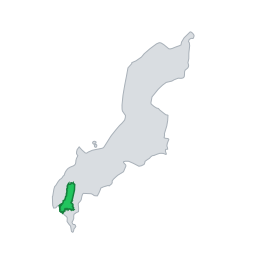 location of Karonga, Karonga, Malawi, rotated 227°
{"feature_id": "42251766B7861013170277", "entity_name": "Karonga", "entity_type": "district", "adm_level": 2, "iso_a3": "MWI", "parent_name": "Malawi", "parent_adm1": "Karonga", "projection": "orthographic", "projection_center": [33.891, -10.08], "detail": "fine", "context": "in_parent", "style": "filled", "palette": "green", "viewbox_px": 256, "rotation_deg": 227, "n_neighbors": 0, "source": "geoboundaries", "source_scale": "gbopen_adm2", "svg_char_len": 6603}
<svg xmlns="http://www.w3.org/2000/svg" viewBox="0 0 256 256"><g transform="rotate(227 128 128)"><path d="M97.8,149.9L96.3,147.8L95.0,148.3L93.3,149.8L92.4,150.2L91.9,150.1L91.6,149.8L91.2,148.8L89.9,146.2L88.4,144.2L86.8,143.5L85.5,142.6L86.0,141.8L86.6,141.1L86.4,140.5L85.6,139.6L82.8,138.3L82.8,137.7L85.3,136.5L86.8,135.1L87.9,133.8L89.2,130.9L90.3,128.0L91.1,127.1L91.4,125.2L91.2,123.0L91.7,120.3L92.0,117.7L91.2,116.7L90.4,114.9L91.3,111.9L92.6,109.9L98.8,107.7L103.2,105.8L104.1,104.9L105.6,103.3L106.4,101.7L105.9,101.2L102.4,101.1L101.6,100.5L99.1,94.9L100.4,88.4L100.5,85.8L100.5,82.6L100.1,80.3L99.0,79.4L98.3,78.1L98.5,74.7L99.5,74.3L101.7,69.9L102.6,67.2L101.5,65.1L100.2,62.1L99.6,60.2L99.2,59.5L100.1,58.4L101.6,57.2L103.3,56.9L105.0,56.3L110.6,50.8L110.6,49.7L109.6,47.8L107.6,45.0L107.1,43.8L106.8,40.4L106.0,39.4L103.0,37.2L100.6,34.8L101.4,32.3L101.7,29.7L100.6,28.2L98.9,26.7L97.8,24.5L97.3,22.8L95.9,22.2L94.7,22.2L93.8,23.2L92.8,23.1L91.6,22.7L91.2,21.3L91.1,19.8L90.3,18.7L89.5,17.3L89.4,16.5L89.9,16.3L90.9,16.1L95.4,19.1L98.1,19.2L101.2,19.7L103.7,22.3L105.1,22.6L106.8,22.3L111.6,22.0L113.6,22.4L116.1,23.9L117.1,24.1L118.7,24.1L119.0,23.7L119.1,22.8L118.8,21.0L119.2,20.1L120.2,19.0L122.8,20.2L129.4,25.9L129.6,26.6L133.9,32.2L135.2,34.5L135.2,35.8L136.5,40.6L136.8,42.9L136.5,44.7L136.6,46.1L137.1,48.0L136.9,48.9L138.4,51.8L139.1,54.2L139.3,56.6L138.8,59.0L137.5,62.4L137.3,63.7L137.6,65.0L138.4,66.3L139.8,67.8L140.9,69.6L141.6,71.6L142.2,72.6L143.0,72.5L144.4,72.9L145.6,74.1L146.9,76.1L147.3,78.4L147.5,79.4L143.7,79.3L139.0,79.7L137.8,80.6L137.5,82.6L136.0,86.8L135.1,88.3L133.4,91.1L130.9,95.1L130.4,96.4L130.5,97.7L131.9,103.1L133.4,108.7L133.9,110.9L135.0,118.4L135.6,123.7L135.6,126.8L136.1,131.0L137.5,133.2L138.9,134.7L144.2,135.5L145.8,136.5L148.8,139.2L155.3,146.6L158.9,151.3L162.0,155.4L167.6,163.1L172.0,169.0L172.5,174.6L173.2,175.4L171.7,179.5L170.7,186.2L171.3,190.6L171.0,198.2L170.1,206.2L169.1,209.0L167.8,210.1L164.7,211.0L158.0,211.9L157.0,212.9L156.1,214.4L154.7,218.1L153.1,221.8L152.6,223.4L152.9,223.8L154.3,225.7L155.7,230.6L155.9,238.9L155.4,239.5L153.4,239.9L151.3,239.7L150.5,239.3L149.7,238.3L149.1,236.6L150.5,235.3L151.0,233.2L150.1,231.3L148.4,230.9L146.1,229.2L141.3,223.6L137.2,219.7L134.9,216.4L132.5,215.1L131.8,214.3L131.2,213.0L131.2,211.0L131.4,209.5L130.7,207.9L128.2,205.4L127.1,204.0L127.1,202.3L128.1,200.7L130.2,198.7L131.8,194.7L132.4,192.1L135.3,187.0L135.8,182.5L135.8,178.8L135.7,176.1L134.9,170.6L134.4,166.8L130.7,161.8L129.6,161.3L126.1,161.7L123.1,162.5L121.6,163.5L119.4,163.5L113.5,164.4L111.7,164.8L110.6,165.7L110.0,165.9L106.3,162.0L103.1,157.8L99.0,150.7L97.8,149.9ZM140.6,94.8L139.6,95.1L139.0,94.5L139.2,93.0L139.5,91.9L140.5,91.7L141.2,92.0L141.7,92.5L141.7,93.3L141.4,94.2L140.6,94.8ZM138.4,92.0L137.9,93.5L136.7,93.5L135.6,92.1L136.0,91.1L137.0,90.8L137.9,91.2L138.4,92.0Z" fill="#d9dde1" stroke="#a8b0b8" stroke-width="1"/><path d="M119.2,46.6L122.3,49.7L122.6,50.1L122.9,50.2L122.9,50.3L123.0,50.3L123.5,50.4L123.6,50.5L124.2,50.2L124.3,50.1L124.5,50.0L124.9,50.2L125.0,50.2L125.1,50.3L125.3,50.5L125.3,50.3L125.3,50.2L125.5,49.9L126.0,49.5L126.7,49.1L126.8,48.9L126.7,48.8L126.5,48.7L126.4,48.5L126.2,48.3L126.1,48.2L126.1,47.7L126.2,47.4L126.3,47.3L126.6,47.0L126.8,46.8L127.1,46.6L127.5,46.4L127.8,46.5L128.0,46.8L128.0,46.7L127.9,46.4L127.8,46.2L127.7,46.1L127.4,46.0L127.3,45.8L127.4,45.5L127.4,45.4L127.5,45.2L127.4,45.0L127.4,44.9L127.2,44.6L127.2,44.4L127.1,44.2L126.9,44.1L126.7,44.0L126.7,43.8L126.3,43.6L126.2,43.5L126.2,43.4L125.9,43.3L125.8,43.2L125.7,42.8L125.6,42.7L125.6,42.8L125.5,42.7L125.2,42.5L125.3,41.9L125.2,41.7L124.9,41.5L124.9,41.4L124.7,41.3L124.6,41.2L124.4,41.1L124.2,41.0L124.2,40.8L124.0,40.7L123.9,40.6L123.7,40.6L123.5,40.4L123.4,40.4L123.3,40.1L123.2,39.9L123.0,39.7L122.9,39.5L122.8,39.4L122.7,39.2L122.4,39.1L122.2,39.0L122.1,38.9L122.1,38.4L121.9,38.3L121.8,38.0L121.7,38.0L121.5,37.9L121.2,37.6L121.1,37.3L120.9,37.3L120.8,37.1L120.7,37.1L120.5,36.7L120.3,36.6L120.3,36.4L120.4,36.1L120.3,35.8L120.4,35.6L120.3,35.4L120.1,35.2L119.9,34.9L119.7,34.7L119.2,34.0L119.1,33.9L119.1,33.5L119.0,33.4L118.9,33.3L118.7,33.0L118.5,32.9L118.5,32.7L118.6,32.4L118.7,32.1L118.8,31.7L118.7,31.1L118.8,30.8L118.7,30.8L118.6,30.7L118.4,30.6L118.2,30.4L118.0,29.9L117.9,29.8L117.8,29.7L117.7,29.3L117.5,29.0L117.5,28.9L117.5,28.7L117.4,28.5L117.6,28.2L117.4,28.2L117.3,27.9L117.4,27.5L117.3,27.2L117.5,27.0L117.2,26.8L117.2,26.7L117.0,26.4L117.1,26.2L117.4,25.9L117.9,25.5L118.1,25.4L118.2,25.5L118.2,25.2L118.0,25.3L117.9,25.3L117.9,25.2L117.7,25.2L117.8,25.0L117.8,24.9L117.9,24.7L117.7,24.6L117.4,24.7L117.2,24.6L117.3,24.5L117.2,24.4L117.0,24.2L116.9,24.3L116.9,24.2L116.7,24.1L116.6,23.9L116.4,23.9L116.5,23.8L116.4,23.7L116.2,23.7L115.9,23.5L115.9,23.4L115.7,23.2L115.4,23.1L115.1,22.9L114.9,22.8L114.9,22.6L115.0,22.5L114.9,22.4L114.7,22.5L114.7,22.4L114.6,22.2L114.4,22.1L114.2,22.1L114.1,21.9L114.0,21.7L113.8,21.5L113.7,21.6L113.2,21.5L112.9,21.5L112.7,21.5L112.3,21.5L112.2,21.7L112.1,21.8L112.0,22.0L111.9,22.0L112.0,22.2L111.9,22.2L111.7,22.4L111.6,22.2L111.3,22.1L111.2,22.2L110.9,22.2L110.8,22.3L110.7,22.3L110.6,22.2L110.3,22.0L110.1,22.0L110.1,22.4L110.3,22.6L110.4,22.9L110.5,23.1L110.4,23.3L110.5,23.7L110.7,23.9L110.9,23.9L111.0,23.9L111.0,24.0L110.9,24.1L110.9,24.3L110.8,24.5L110.6,24.7L110.6,24.9L110.4,25.1L111.3,25.8L111.0,26.3L111.5,26.6L111.4,27.0L111.7,27.1L111.8,27.2L111.8,27.3L111.7,27.4L111.8,27.4L111.7,27.6L111.8,27.6L111.7,27.6L111.4,27.5L111.2,27.6L110.7,27.5L110.8,27.7L110.7,27.7L110.6,27.8L110.4,27.9L110.3,28.1L110.2,28.2L110.0,28.3L109.9,28.4L110.0,28.5L109.8,28.5L109.5,28.4L109.6,28.6L109.5,28.8L109.4,28.8L109.5,28.9L109.3,29.1L109.2,29.3L109.1,29.5L108.9,29.6L108.9,29.8L108.7,29.9L108.6,30.1L108.4,30.2L108.4,30.3L108.2,30.4L107.9,30.4L107.6,30.6L107.3,30.7L107.2,30.6L107.1,30.8L107.1,31.0L106.9,31.2L106.6,31.3L106.5,31.2L106.5,31.3L106.3,31.3L106.2,31.5L105.8,31.6L105.6,31.7L105.3,31.9L105.4,32.2L105.3,32.4L105.3,32.7L105.2,32.9L105.3,32.9L105.6,33.0L105.8,33.0L105.8,32.8L106.0,32.7L106.4,33.2L106.8,33.3L107.0,33.4L107.1,33.6L107.1,33.9L107.4,33.9L107.6,34.0L107.8,34.0L108.1,33.9L108.3,34.1L108.5,34.0L108.7,34.4L108.9,34.6L109.0,34.9L109.2,35.1L109.2,35.3L109.4,35.4L109.5,35.4L110.3,35.7L110.8,35.5L111.0,35.4L111.1,35.5L111.3,35.5L111.5,35.5L111.8,35.4L111.9,35.5L112.0,35.5L112.1,35.4L112.3,35.5L112.4,35.8L112.5,35.8L112.5,36.0L112.4,36.0L112.5,36.2L112.5,36.4L112.6,36.5L112.6,36.8L112.8,36.9L112.8,37.0L112.9,36.9L113.0,37.0L113.1,37.3L113.7,38.5L119.2,46.6Z" fill="#22c55e" stroke="#15803d" stroke-width="1.5"/></g></svg>